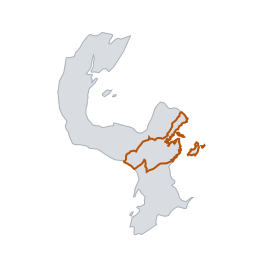 location of Veraguas within Panama, rotated 236°
{"feature_id": "PAN-1341", "entity_name": "Veraguas", "entity_type": "Province", "adm_level": 1, "iso_a3": "PAN", "parent_name": "Panama", "parent_adm1": "", "projection": "equal_earth", "projection_center": [-81.249, 8.046], "detail": "fine", "context": "in_parent", "style": "outline", "palette": "amber", "viewbox_px": 256, "rotation_deg": 236, "n_neighbors": 0, "source": "natural_earth", "source_scale": "10m", "svg_char_len": 8341}
<svg xmlns="http://www.w3.org/2000/svg" viewBox="0 0 256 256"><g transform="rotate(236 128 128)"><path d="M220.8,116.2L220.2,116.9L218.3,120.5L217.3,123.5L219.8,126.8L220.5,130.2L221.9,134.0L224.0,137.8L226.4,144.8L227.0,147.6L226.3,149.4L224.1,150.5L221.9,153.8L221.4,157.8L221.8,159.8L215.4,166.2L213.8,167.2L212.7,166.2L211.3,163.0L209.7,160.4L208.8,159.5L208.3,159.5L207.8,160.1L207.6,161.5L208.5,167.5L207.8,169.9L205.6,171.8L203.1,181.6L202.2,180.3L194.0,167.2L186.9,150.9L185.4,143.5L187.2,143.1L189.0,143.3L189.9,142.1L191.0,140.0L190.1,135.0L193.5,131.2L194.8,128.7L195.8,129.0L198.0,133.3L201.3,135.8L205.3,139.4L207.8,140.2L204.7,136.4L199.2,131.4L197.7,128.2L196.3,123.6L194.1,125.6L193.2,127.2L192.1,128.2L191.1,127.1L190.9,125.6L187.7,125.3L186.9,124.0L186.1,123.2L186.5,126.1L187.1,127.8L186.8,129.9L185.7,130.1L184.8,127.9L183.7,125.9L182.2,117.6L178.5,113.7L176.9,112.4L175.5,111.9L173.5,109.3L170.8,107.8L167.2,103.7L162.7,100.8L157.3,99.7L150.7,100.4L148.4,102.0L146.9,104.1L146.2,105.0L142.3,107.4L140.9,110.9L139.9,113.8L138.0,117.1L140.2,119.1L127.5,130.3L125.0,132.0L119.2,133.1L117.9,134.3L116.2,136.5L116.0,139.9L116.2,142.8L117.9,145.0L119.4,146.4L122.9,153.1L129.2,161.6L130.4,164.6L131.4,169.2L129.5,171.3L128.0,172.2L122.0,172.6L120.0,174.4L119.1,177.2L116.9,179.5L109.2,181.7L103.1,182.0L101.2,179.4L100.7,172.1L96.6,159.5L95.7,150.9L94.6,152.0L92.5,153.0L91.7,155.1L91.2,161.5L90.4,163.7L88.7,163.5L85.3,161.2L80.7,159.1L74.9,145.6L74.2,143.1L73.1,140.0L68.6,138.8L64.8,136.5L60.6,136.1L58.4,137.4L56.3,135.8L55.9,132.1L51.5,133.8L45.8,133.2L40.8,131.6L37.4,132.4L34.5,135.1L34.9,141.8L34.0,143.1L33.9,140.4L32.9,137.2L31.7,134.6L29.1,131.9L29.0,130.9L30.0,129.5L34.6,125.6L35.2,124.0L35.3,120.5L34.8,117.3L32.8,112.5L34.0,109.5L36.3,107.1L38.8,105.3L39.2,104.5L38.8,102.8L37.3,101.1L34.0,98.1L32.0,97.9L31.9,89.3L32.1,80.1L32.6,79.2L33.8,78.7L34.8,77.3L35.3,74.6L36.8,73.6L39.4,75.7L42.1,77.5L43.2,76.9L44.0,76.0L44.6,75.1L44.8,74.3L47.0,76.7L51.3,81.1L51.6,83.2L51.2,85.2L52.4,91.1L54.7,91.9L57.0,90.8L57.5,91.9L57.1,93.0L55.9,94.2L55.6,99.2L59.4,101.5L61.3,103.6L67.5,102.6L69.8,103.2L71.3,102.6L69.6,98.5L67.3,95.6L67.5,94.2L69.2,95.2L70.6,97.2L73.7,99.8L79.3,108.5L85.8,110.6L90.9,110.4L95.7,109.2L103.3,105.8L108.8,99.6L113.2,96.9L127.4,91.0L132.5,84.9L134.6,84.1L136.6,83.4L141.1,78.7L143.5,75.1L146.0,73.3L153.5,74.6L158.4,76.3L161.8,76.1L165.0,77.3L166.4,79.9L167.9,81.1L175.9,80.8L182.4,82.1L196.7,89.8L205.3,97.5L209.8,105.7L220.8,116.2ZM77.3,176.8L75.5,177.1L71.7,175.1L68.9,171.3L68.7,170.1L68.7,168.8L70.2,165.0L72.3,163.6L73.1,163.6L75.0,168.1L73.7,169.9L74.2,172.6L77.0,174.7L77.3,176.8ZM169.2,133.8L168.5,135.7L166.9,131.4L167.1,130.3L167.0,126.4L168.5,125.4L169.7,125.3L170.6,125.8L171.2,130.4L170.7,132.5L169.2,133.8ZM56.0,83.2L55.6,85.4L53.0,81.5L54.6,80.9L55.1,81.0L56.0,83.2ZM163.5,134.7L162.0,136.7L161.4,134.8L162.4,132.8L162.8,132.8L163.5,134.7Z" fill="#d9dde1" stroke="#a8b0b8" stroke-width="1"/><path d="M90.6,110.1L91.9,109.9L93.4,109.7L94.8,109.4L95.1,109.5L95.4,109.4L95.7,109.2L96.0,108.7L98.7,107.6L101.2,106.1L101.8,105.8L102.5,105.9L102.5,106.2L102.5,106.4L102.5,107.3L102.7,107.7L102.9,108.3L103.2,108.8L103.5,109.1L104.1,109.6L104.7,110.0L105.3,110.3L105.6,110.5L105.9,110.7L106.6,111.8L106.9,112.3L107.0,113.0L106.9,113.6L106.7,114.2L106.6,114.7L106.7,115.6L106.9,116.0L107.0,116.2L107.1,116.5L107.2,116.8L106.7,118.2L106.3,119.5L105.3,121.0L104.3,121.3L103.9,121.7L104.6,122.6L105.3,123.9L106.1,125.7L107.4,130.4L108.2,132.2L108.1,133.7L107.6,135.9L106.7,138.1L106.8,138.8L108.4,140.3L107.7,140.3L107.4,140.2L106.9,140.2L106.6,140.4L105.8,141.6L105.3,142.3L104.0,143.0L102.8,143.6L103.3,145.6L103.3,146.3L102.9,147.2L102.7,147.7L101.7,148.9L101.0,149.9L100.1,150.2L99.9,150.4L99.7,150.8L99.6,156.0L99.8,157.0L100.6,156.8L100.9,156.9L101.1,157.2L101.3,157.6L101.5,158.3L101.7,159.6L101.9,160.3L104.5,165.5L105.6,166.3L106.3,166.5L106.5,166.6L107.3,167.8L107.3,169.1L107.5,171.1L108.0,173.3L108.9,174.9L109.1,175.9L109.2,176.6L109.1,177.1L109.1,177.3L109.6,177.5L109.9,177.8L110.6,178.5L111.0,179.0L111.2,179.6L111.3,181.2L107.6,182.2L104.9,182.3L104.1,182.0L103.9,182.0L103.7,182.3L103.4,182.3L103.2,182.0L102.5,182.7L102.1,182.3L101.6,181.1L101.4,180.9L101.2,180.7L100.9,180.6L100.5,180.5L100.2,180.3L100.2,180.0L100.4,179.7L100.5,179.5L100.7,179.3L100.6,178.4L100.7,178.0L100.8,177.7L101.2,177.3L101.4,177.0L101.5,176.4L101.5,175.6L101.4,174.8L100.5,174.1L100.5,173.3L100.9,171.9L100.7,171.3L99.5,169.5L99.4,169.4L99.1,169.1L98.9,168.7L99.4,168.4L99.4,168.0L99.5,167.6L99.6,167.2L99.6,166.6L99.3,166.0L98.9,165.4L98.5,165.1L98.5,164.8L98.8,164.8L98.8,164.5L97.1,162.3L96.8,162.1L96.5,162.0L96.4,161.8L96.5,161.4L96.6,161.0L96.9,160.7L97.2,160.6L97.6,160.7L97.5,160.3L97.1,159.9L96.7,159.6L96.4,159.5L96.3,159.3L96.9,157.9L96.6,157.9L96.2,157.9L95.7,157.6L95.9,157.5L96.0,157.5L96.0,157.3L95.2,157.1L94.9,156.4L94.9,155.7L95.2,155.4L95.4,155.3L95.5,155.1L95.8,154.9L96.1,154.8L96.5,154.8L96.9,154.7L97.1,154.4L97.1,153.8L96.9,153.8L96.2,154.4L95.9,153.2L96.0,150.4L95.3,152.2L94.8,152.8L94.4,151.9L94.1,151.9L94.2,152.4L94.4,152.8L94.6,153.0L94.8,153.2L94.8,153.5L93.3,153.5L93.0,153.4L92.6,153.0L92.1,152.9L91.3,152.6L91.1,151.9L91.0,151.2L90.4,151.0L90.8,151.2L90.9,151.4L90.9,151.7L90.4,151.9L90.5,152.2L91.1,152.9L91.7,153.3L91.8,153.4L91.8,153.8L91.7,154.1L91.6,154.4L92.2,156.0L91.9,157.2L91.1,158.1L90.4,158.8L90.3,158.5L90.2,158.3L90.3,158.1L90.4,157.9L90.4,157.6L89.9,157.5L89.5,157.6L89.5,157.9L89.8,158.0L90.0,158.3L90.4,159.2L90.0,159.4L89.8,159.4L89.5,159.2L89.7,159.7L90.0,160.1L90.6,159.8L91.1,159.5L91.3,160.0L91.1,162.0L91.2,162.5L91.2,162.8L91.1,163.2L91.0,163.5L90.6,163.9L90.4,164.2L90.2,164.2L89.9,163.9L88.8,163.1L88.5,163.1L88.4,162.5L87.9,162.3L87.1,162.3L84.3,161.3L83.4,161.4L83.3,160.8L83.0,160.4L82.8,160.0L82.5,159.8L81.7,160.1L80.7,160.0L80.0,159.5L79.9,158.8L80.2,158.7L80.8,158.3L81.2,157.8L79.9,157.3L79.5,157.4L79.5,158.2L78.7,157.5L78.3,157.3L78.3,157.0L78.5,156.6L78.3,156.2L78.0,155.8L77.9,155.3L77.9,154.5L78.1,154.0L78.5,153.2L78.5,152.9L78.3,152.7L78.1,152.6L77.8,152.7L77.6,152.9L77.4,152.9L77.1,152.6L77.1,152.3L77.5,151.9L77.4,151.6L77.2,151.4L76.7,151.4L76.8,150.7L76.8,149.9L77.0,149.5L77.6,149.8L77.5,149.4L77.4,149.1L76.9,148.5L77.1,148.2L77.0,147.5L77.1,146.9L76.7,147.2L76.5,147.7L76.6,148.4L76.7,148.7L76.6,148.9L76.3,148.8L76.1,148.6L76.0,148.4L76.0,148.1L75.9,147.6L75.3,146.4L76.0,146.2L76.2,145.8L76.3,145.3L76.4,144.7L77.2,140.2L77.4,139.7L77.5,139.4L78.4,138.3L80.1,135.4L80.3,135.2L80.4,134.8L80.5,133.5L80.4,132.1L80.2,130.7L80.1,129.0L79.9,126.7L80.0,126.0L80.1,125.3L80.9,122.7L81.2,120.9L81.2,119.0L82.1,119.6L83.1,120.0L83.5,120.2L83.7,120.4L83.9,120.8L85.5,121.0L86.4,120.7L86.7,120.8L88.2,122.5L88.8,122.9L90.2,123.4L90.9,123.8L91.3,124.0L91.6,124.0L92.5,123.7L92.0,123.0L91.7,122.3L91.6,121.8L91.4,121.5L91.2,121.1L90.9,120.5L90.7,119.5L90.5,117.8L90.6,115.1L90.3,111.7L90.5,110.5L90.5,110.3L90.6,110.1ZM75.3,173.9L75.7,174.2L76.7,174.1L76.9,174.4L77.8,176.7L77.2,177.1L76.5,177.4L75.8,177.4L74.6,176.5L73.1,176.3L72.5,176.1L72.1,175.7L71.3,174.5L70.6,174.0L69.2,172.4L68.4,170.2L68.2,169.8L68.1,169.6L67.8,168.4L68.0,168.4L68.7,168.4L69.0,168.3L69.0,168.1L69.4,167.1L69.5,167.0L69.6,166.5L69.6,166.1L69.6,165.7L69.8,165.3L70.1,165.1L70.7,164.9L71.7,163.9L72.0,163.7L72.0,163.9L72.3,163.9L72.2,163.5L72.1,163.0L72.0,162.6L72.3,162.6L72.3,162.9L72.5,162.9L72.5,162.7L73.5,165.5L73.5,166.1L73.9,166.7L73.9,166.9L73.8,167.2L73.9,167.3L74.0,167.4L74.3,167.3L74.7,167.6L74.9,167.7L75.0,168.0L75.0,168.7L74.8,168.9L73.8,169.5L73.7,169.8L73.5,171.1L73.4,171.4L73.6,171.9L74.2,172.7L74.3,173.1L74.4,173.6L74.6,174.0L74.8,174.2L75.0,173.9L75.3,173.9ZM92.8,166.4L93.2,166.1L93.8,165.8L94.8,165.5L95.3,165.7L95.7,165.7L96.7,165.7L96.3,166.7L96.0,167.2L95.6,167.3L95.3,167.6L95.0,167.6L94.7,167.5L94.5,167.2L94.3,167.1L94.1,167.0L93.8,167.0L93.4,167.1L93.3,167.4L93.1,167.7L93.0,167.9L92.0,168.6L91.5,169.3L91.3,169.5L91.1,169.5L90.7,169.4L90.4,169.2L89.5,169.6L89.3,169.6L89.6,169.0L89.9,168.6L90.3,168.2L90.7,168.0L91.9,167.8L92.3,167.3L92.5,166.8L92.8,166.4ZM70.4,178.9L70.7,178.8L71.0,178.8L71.3,178.9L71.8,178.9L71.4,179.4L70.9,180.6L70.6,181.1L70.7,181.4L70.9,181.7L70.6,181.7L70.1,179.7L70.1,179.3L70.0,179.0L70.0,178.9L70.1,178.6L70.3,178.6L70.4,178.9Z" fill="none" stroke="#b45309" stroke-width="2"/></g></svg>